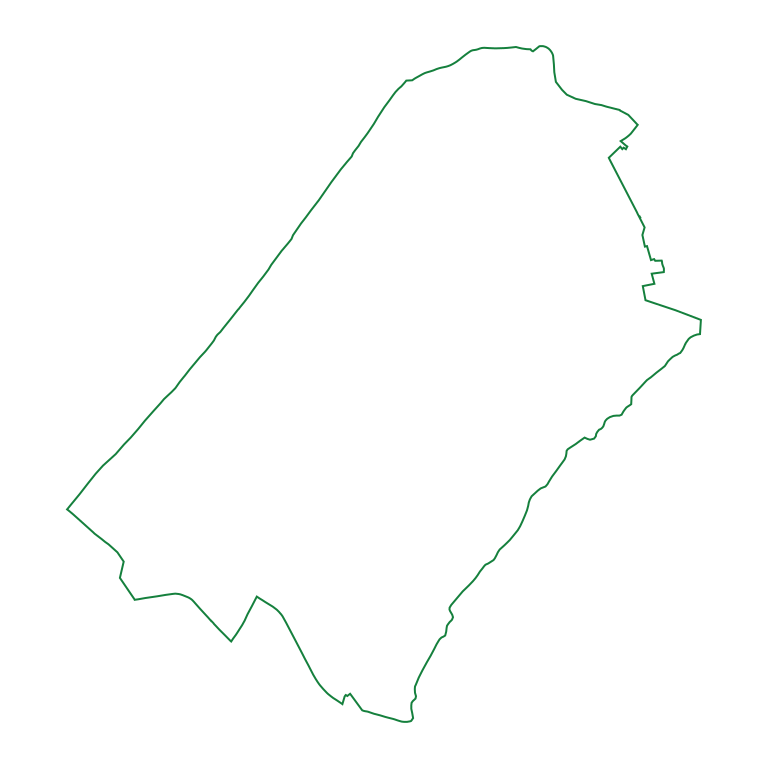 the district of Deir Al Balah, Gaza Strip, Palestine
{"feature_id": "87354302B22339434669936", "entity_name": "Deir Al Balah", "entity_type": "district", "adm_level": 2, "iso_a3": "PSE", "parent_name": "Palestine", "parent_adm1": "Gaza Strip", "projection": "equal_earth", "projection_center": [34.378, 31.42], "detail": "fine", "context": "isolated", "style": "outline", "palette": "green", "viewbox_px": 768, "rotation_deg": 0, "n_neighbors": 0, "source": "geoboundaries", "source_scale": "gbopen_adm2", "svg_char_len": 6000}
<svg xmlns="http://www.w3.org/2000/svg" viewBox="0 0 768 768"><path d="M406.3,80.6L405.1,82.1L401.5,86.2L398.6,88.7L395.5,92.0L393.0,95.3L389.3,100.5L384.3,107.2L378.0,116.9L373.8,124.0L367.6,133.2L364.5,137.4L361.0,141.9L358.6,145.9L355.1,150.3L353.0,153.2L351.7,156.5L347.0,161.9L340.8,169.4L331.3,182.2L318.9,200.1L311.0,210.3L305.7,217.5L301.1,223.4L293.0,235.2L291.5,239.0L287.8,243.6L281.5,251.0L275.8,258.7L271.2,264.9L268.5,269.5L263.2,276.6L258.2,282.8L253.1,289.9L248.9,295.9L244.2,302.1L239.8,307.5L238.8,308.9L238.2,309.4L237.4,310.4L230.4,319.3L223.7,327.6L220.3,332.0L217.4,334.7L215.8,336.8L213.9,340.5L211.9,343.2L206.1,350.5L204.8,352.0L199.9,357.2L189.7,369.4L184.6,376.0L183.9,376.8L179.7,382.0L175.4,388.1L171.4,392.2L167.6,395.7L163.9,399.2L160.4,403.4L153.6,410.9L145.0,420.6L138.1,429.1L130.7,437.6L124.0,444.5L115.7,454.1L103.0,465.6L95.7,473.7L88.2,483.1L79.5,494.3L71.0,504.6L67.1,509.4L68.8,510.7L73.1,514.3L93.4,532.5L94.5,533.6L101.7,539.1L105.1,541.9L108.5,544.3L117.4,552.3L123.7,561.6L119.9,577.9L134.6,599.5L134.7,599.8L138.1,599.3L145.5,598.0L157.2,596.3L165.6,594.9L172.9,593.9L173.9,593.8L174.8,593.7L175.8,593.7L176.7,593.8L177.7,593.9L178.6,594.0L179.6,594.2L180.5,594.4L181.9,594.9L182.3,595.0L188.0,597.3L189.4,598.0L190.8,598.9L192.0,599.8L192.5,600.3L194.2,602.1L194.6,602.6L199.9,608.6L204.5,613.6L208.1,617.5L211.0,620.8L211.1,620.7L213.4,623.1L214.2,624.2L215.1,625.1L219.4,629.7L225.3,635.6L230.8,641.2L231.2,641.5L233.1,638.6L235.9,634.8L237.8,631.9L239.7,628.9L241.9,625.5L242.6,624.3L243.3,623.0L244.6,620.7L247.5,614.3L251.9,606.1L256.8,596.6L259.5,598.4L260.8,599.2L262.3,600.1L265.2,602.0L272.7,606.6L273.9,607.5L274.8,608.2L276.4,609.4L277.0,609.9L278.3,611.2L279.1,612.0L280.1,613.2L281.2,614.4L281.9,615.4L282.5,616.2L283.0,617.1L286.1,622.7L295.9,641.4L302.1,653.3L304.9,658.8L308.8,666.1L309.7,667.9L313.2,674.7L315.9,679.3L316.7,680.5L317.3,681.5L319.1,684.1L320.1,685.4L323.3,689.1L326.9,692.9L328.2,694.1L330.2,695.7L331.2,696.5L333.2,698.0L336.8,700.3L341.7,703.6L342.4,704.1L344.5,697.0L344.6,696.6L344.9,696.2L345.1,695.8L345.4,695.4L345.8,695.0L347.3,696.0L350.1,693.8L350.8,694.7L362.2,710.3L363.8,710.9L365.1,711.2L367.0,711.5L368.3,711.8L369.1,712.1L372.3,713.2L374.1,713.8L376.5,714.4L380.3,715.4L385.2,716.9L388.2,717.7L393.0,718.9L394.7,719.4L397.3,720.3L399.2,720.9L400.6,721.3L401.7,721.6L402.5,721.7L403.3,721.8L405.0,721.9L406.9,721.9L408.5,721.6L410.2,721.3L411.2,720.9L413.1,718.1L412.2,713.0L411.3,708.8L411.3,705.4L411.6,702.8L412.8,701.1L415.5,698.6L416.0,696.2L415.0,692.8L414.8,689.0L415.0,686.5L415.8,684.8L418.8,677.5L422.4,670.4L427.0,662.0L430.6,655.8L434.1,649.2L436.5,644.4L438.4,641.2L439.6,639.3L441.5,637.5L443.5,636.6L445.2,635.5L446.2,631.6L446.6,628.0L447.0,625.8L447.9,624.4L449.7,622.0L451.0,620.8L452.0,619.7L453.0,617.2L452.2,614.7L450.1,611.1L449.5,609.6L449.6,607.7L451.2,605.0L462.7,591.4L468.8,585.5L473.0,581.1L475.6,578.0L477.7,575.1L479.9,571.6L482.4,568.5L484.1,566.2L485.5,564.7L488.2,563.5L493.5,560.1L494.8,558.4L496.5,555.2L497.9,552.2L499.7,549.5L504.4,545.3L507.3,542.5L509.8,540.0L512.2,537.1L514.9,533.8L517.8,530.2L520.1,526.3L522.4,521.4L524.8,515.8L527.0,510.3L528.2,505.8L528.8,502.5L529.9,499.4L531.6,496.3L537.7,490.7L540.7,488.4L543.2,487.4L545.5,486.5L547.5,484.2L549.0,481.5L552.1,476.5L556.5,470.6L560.0,465.7L562.8,461.9L564.6,459.4L565.9,456.3L566.4,453.4L566.6,450.9L567.7,449.3L570.2,447.6L575.8,444.0L579.5,441.2L582.6,439.0L584.6,437.6L587.4,438.9L590.0,439.7L591.6,439.3L594.1,438.6L595.8,436.3L596.2,433.9L597.3,431.9L599.1,429.7L600.8,429.0L602.1,427.9L603.3,426.4L604.2,423.9L604.7,422.1L605.5,420.6L607.2,418.8L609.9,417.1L613.4,415.9L616.5,415.6L619.5,415.6L621.6,414.7L623.4,411.5L624.9,409.4L626.4,407.5L628.1,406.3L629.7,405.3L631.2,404.2L631.4,400.1L631.5,397.0L631.9,396.1L632.9,394.9L633.6,394.2L639.8,387.8L645.8,381.3L647.2,379.9L651.0,377.2L656.5,372.6L661.3,368.9L664.9,366.0L668.0,361.3L670.1,359.2L672.6,356.9L675.1,355.5L677.1,354.7L678.8,353.6L680.2,353.0L682.2,350.3L683.3,348.4L684.4,346.0L685.2,344.1L685.4,344.0L685.8,343.0L688.7,338.9L690.6,337.3L693.9,335.6L697.1,334.5L700.0,334.1L700.9,319.9L675.4,310.2L654.1,303.1L645.5,300.2L642.8,286.1L654.4,283.8L651.7,273.7L663.8,272.1L663.9,270.7L663.9,269.4L663.9,268.7L663.8,268.3L663.7,267.9L663.2,266.6L662.8,265.7L662.5,264.7L662.2,263.8L662.1,262.8L661.9,261.2L661.8,260.9L661.7,260.6L655.2,260.8L654.1,259.1L651.0,260.1L647.0,246.1L644.9,246.6L642.4,235.0L644.6,227.4L639.8,218.0L640.3,217.6L639.6,216.4L639.1,216.6L638.3,215.1L637.8,214.2L636.9,212.2L610.6,161.4L608.8,157.8L620.3,146.7L622.3,149.1L623.7,147.7L625.9,149.2L627.3,146.5L626.2,145.8L625.2,145.0L624.4,144.3L620.7,141.1L624.8,138.6L625.7,138.0L627.4,136.7L629.2,135.2L630.0,134.4L630.6,133.9L631.1,133.3L631.9,132.3L637.6,125.0L637.7,124.8L637.3,124.5L628.3,114.9L620.9,111.0L620.3,110.8L620.1,110.4L619.9,110.2L619.7,110.0L607.0,106.8L605.6,106.4L603.4,105.7L601.5,105.1L599.7,104.8L594.9,104.0L585.9,101.1L575.7,98.8L566.8,94.7L562.0,89.8L555.9,81.9L554.3,72.2L553.9,64.5L553.1,55.8L553.0,55.3L552.8,54.7L552.3,53.5L552.0,52.9L551.4,51.9L550.7,50.9L550.0,50.0L549.4,49.4L548.6,48.6L547.5,47.9L546.7,47.4L545.7,46.9L544.4,46.5L543.3,46.2L542.4,46.1L541.5,46.1L540.2,46.1L539.3,46.3L536.1,48.9L533.0,51.3L532.2,51.0L531.6,50.6L531.0,50.0L530.5,49.3L527.8,49.2L526.3,49.1L523.3,48.7L521.9,48.5L518.9,47.8L516.0,47.0L511.5,47.5L507.4,47.9L504.1,48.1L500.9,48.2L497.4,48.3L494.0,48.3L489.2,48.1L484.2,47.8L482.8,47.9L481.8,48.0L481.1,48.2L479.9,48.5L478.1,49.2L476.4,49.7L474.7,50.0L473.0,50.2L472.3,50.4L471.4,50.7L470.8,51.0L470.3,51.3L469.8,51.6L467.7,53.1L465.5,54.7L461.8,57.6L459.5,59.5L458.3,60.4L456.7,61.6L455.3,62.5L453.1,63.8L451.4,64.7L450.2,65.3L448.1,66.1L446.1,66.7L444.7,67.0L441.7,67.6L440.0,68.0L438.9,68.3L436.5,69.1L433.4,70.4L432.1,70.8L430.9,71.2L429.6,71.6L426.8,72.4L425.0,73.0L423.7,73.6L422.3,74.3L419.1,76.1L416.2,77.7L414.5,78.7L412.2,80.3L406.3,80.6Z" fill="none" stroke="#15803d" stroke-width="2"/></svg>